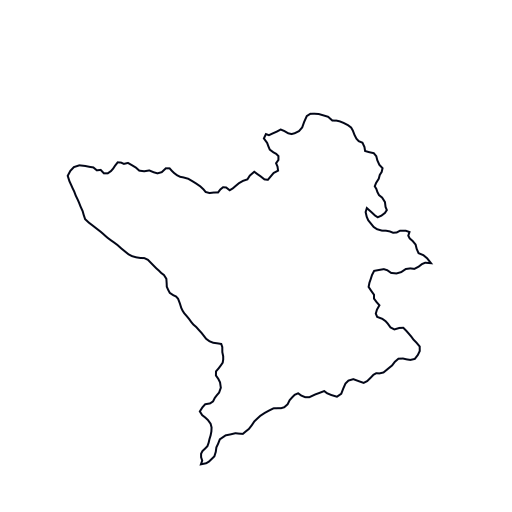 the district of Santa Cruz de Salinas, Minas Gerais, Brazil, rotated 239°
{"feature_id": "56859067B16259382882532", "entity_name": "Santa Cruz de Salinas", "entity_type": "district", "adm_level": 2, "iso_a3": "BRA", "parent_name": "Brazil", "parent_adm1": "Minas Gerais", "projection": "mercator", "projection_center": [-41.791, -16.046], "detail": "fine", "context": "isolated", "style": "outline", "palette": "ink", "viewbox_px": 512, "rotation_deg": 239, "n_neighbors": 0, "source": "geoboundaries", "source_scale": "gbopen_adm2", "svg_char_len": 4270}
<svg xmlns="http://www.w3.org/2000/svg" viewBox="0 0 512 512"><g transform="rotate(239 256 256)"><path d="M421.7,135.9L416.2,134.6L411.7,134.1L408.5,133.7L405.0,133.4L400.6,132.6L396.2,132.2L393.0,131.8L388.9,131.1L383.7,130.5L380.1,129.5L375.6,128.5L370.7,129.9L366.7,131.5L361.0,133.7L356.9,135.3L353.9,136.3L350.9,137.2L347.9,138.2L344.0,139.8L340.9,141.2L336.8,142.9L331.9,144.4L327.2,146.1L323.1,147.6L319.8,149.6L316.6,152.6L313.9,155.8L311.7,159.2L308.4,161.4L303.8,162.5L300.0,163.4L296.7,164.2L293.6,165.2L290.3,166.0L287.1,167.3L282.6,167.4L278.5,165.3L275.6,163.7L272.4,163.3L268.8,163.1L265.0,164.9L262.5,166.6L259.5,167.2L254.5,166.3L250.0,165.2L246.9,164.9L243.8,165.0L240.5,165.6L236.5,166.2L232.6,166.5L229.5,167.0L225.9,168.2L222.1,168.9L218.2,169.7L210.7,170.6L206.9,172.2L203.7,174.6L200.8,178.2L198.5,180.9L195.3,180.2L190.9,177.6L186.9,176.2L184.2,174.6L181.7,172.5L180.3,169.4L179.0,166.2L177.7,162.3L174.2,160.1L170.2,160.4L166.2,160.1L161.2,158.0L157.9,154.0L156.9,150.9L155.6,147.6L153.5,144.3L153.3,140.7L155.1,136.1L153.9,132.2L151.7,127.8L147.3,127.9L143.7,129.3L140.2,130.3L135.6,130.7L131.9,129.6L128.6,127.4L125.6,124.7L123.0,121.8L120.3,119.2L118.0,116.4L117.1,113.0L116.4,109.7L114.8,107.1L111.8,105.3L108.3,104.5L105.8,101.5L104.0,106.6L104.0,109.8L104.8,113.3L105.7,117.1L108.8,120.6L112.4,123.5L114.5,126.7L117.5,130.6L117.9,137.6L116.2,142.3L114.7,147.1L112.6,149.8L110.3,153.1L110.9,156.8L111.4,160.8L113.1,165.2L115.1,169.4L116.0,173.5L116.8,177.4L117.0,182.8L116.8,187.6L116.4,192.6L114.4,196.1L112.6,199.2L111.8,202.3L112.6,206.7L115.1,210.6L116.3,214.5L117.1,217.7L116.6,221.4L113.1,222.9L109.7,225.4L107.5,229.0L106.8,235.6L106.0,239.7L105.1,244.9L101.8,246.2L98.1,248.9L93.7,252.9L94.0,258.1L97.5,262.6L100.6,267.0L101.6,271.1L100.3,276.0L95.3,280.0L91.8,282.9L91.5,286.9L92.6,291.5L93.7,295.5L93.6,298.7L91.8,301.3L90.5,305.3L91.5,312.0L92.1,316.3L93.8,320.5L94.6,325.2L92.4,329.2L89.8,331.9L87.4,334.8L86.0,339.1L87.8,343.7L90.2,347.4L94.1,349.7L99.2,348.9L103.3,347.9L106.8,347.6L110.5,347.0L114.4,346.3L118.6,345.3L120.5,341.8L121.8,336.8L125.5,334.5L130.3,334.1L133.4,333.5L137.1,331.9L141.4,328.5L144.9,329.0L147.7,332.0L150.2,336.4L154.5,335.6L158.7,335.2L162.0,337.2L166.9,336.8L171.5,336.6L174.7,339.5L177.1,342.4L180.0,345.7L182.4,349.6L180.5,354.7L178.9,358.8L176.2,361.2L171.9,363.1L168.7,367.4L167.4,372.2L167.7,377.7L165.9,381.9L163.4,385.1L163.1,390.0L163.6,394.1L163.1,397.6L159.7,402.3L165.9,401.5L170.5,399.9L174.7,396.8L179.4,397.4L183.6,398.7L188.2,398.0L191.9,396.8L195.0,397.0L197.5,399.9L200.5,397.4L203.5,392.4L203.7,388.7L205.3,385.5L208.2,383.3L210.7,380.5L212.9,377.0L216.7,373.5L220.3,371.8L223.9,371.3L228.8,370.6L232.6,371.1L237.2,372.6L240.0,375.7L233.9,377.6L229.3,378.9L226.5,380.3L226.0,384.3L226.5,388.7L228.0,391.8L231.3,392.3L235.8,394.3L241.1,394.2L244.8,392.8L248.3,393.0L251.5,393.7L254.6,393.7L256.8,396.6L259.0,401.0L261.8,403.9L263.3,407.0L266.1,409.7L270.6,408.7L275.6,409.3L279.6,410.5L283.5,409.9L286.8,406.4L289.8,403.6L293.6,405.1L298.3,405.6L301.5,403.2L304.8,402.5L309.1,402.8L313.6,403.6L317.1,403.7L320.8,402.2L325.0,399.6L328.3,397.1L330.6,394.7L332.8,391.2L338.2,389.5L341.4,386.6L345.4,382.9L347.9,379.3L349.9,375.8L349.8,371.6L346.1,366.3L342.4,361.8L340.9,357.2L341.3,352.4L342.2,349.3L344.6,346.8L348.6,344.6L351.7,342.3L351.9,338.0L352.5,333.2L352.9,329.3L355.4,327.3L352.7,323.3L347.2,323.8L343.6,323.1L340.1,322.6L335.9,324.3L333.2,325.9L330.1,326.7L326.8,324.7L325.2,321.0L321.6,320.5L317.8,318.9L318.1,313.9L316.4,308.9L315.2,305.4L317.3,302.7L322.1,300.9L325.4,299.4L329.1,297.9L328.1,292.1L326.1,288.1L327.1,283.6L327.2,278.9L326.5,274.4L325.9,270.9L325.9,267.3L330.1,265.7L331.9,263.2L331.4,259.7L330.0,256.2L332.1,252.6L333.9,248.6L336.8,245.8L340.2,245.3L344.4,244.1L349.0,242.0L352.7,240.1L357.1,237.7L360.9,234.1L362.9,231.8L365.9,229.9L369.4,228.5L372.4,227.7L375.6,227.1L377.6,223.9L376.4,218.4L377.6,214.1L380.5,211.4L384.3,208.6L386.2,203.8L389.3,199.9L393.6,198.6L397.4,196.6L401.7,194.2L403.0,190.2L405.6,188.4L407.5,185.7L406.0,181.7L404.5,178.6L403.5,175.5L403.2,171.5L405.2,168.2L409.8,167.2L411.4,163.7L415.7,162.2L418.0,159.4L421.2,155.9L424.7,151.3L426.0,145.7L424.6,140.7L421.7,135.9Z" fill="none" stroke="#020617" stroke-width="2"/></g></svg>